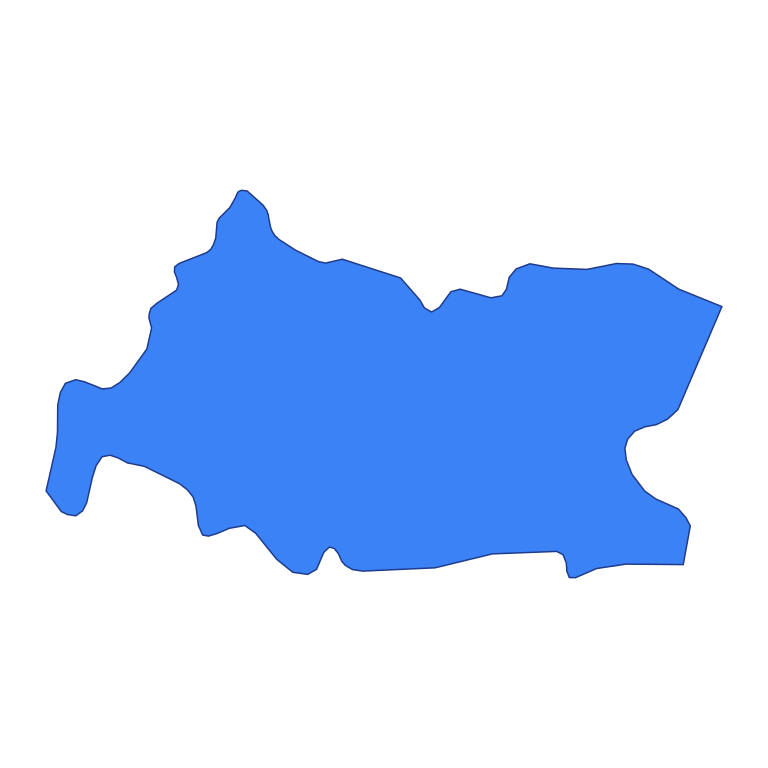 map outline of Tissemsilt (Equal Earth projection)
{"feature_id": "DZA-2206", "entity_name": "Tissemsilt", "entity_type": "Province", "adm_level": 1, "iso_a3": "DZA", "parent_name": "Algeria", "parent_adm1": "", "projection": "equal_earth", "projection_center": [1.694, 35.775], "detail": "fine", "context": "isolated", "style": "filled", "palette": "blue", "viewbox_px": 768, "rotation_deg": 0, "n_neighbors": 0, "source": "natural_earth", "source_scale": "10m", "svg_char_len": 1677}
<svg xmlns="http://www.w3.org/2000/svg" viewBox="0 0 768 768"><path d="M342.4,259.2L400.6,278.0L419.6,299.7L424.5,308.0L431.6,312.0L439.4,307.5L450.9,291.7L460.2,289.2L490.9,297.8L501.9,295.8L506.4,289.3L509.2,277.3L516.2,268.9L529.9,263.8L553.3,268.1L587.0,269.4L616.5,263.5L633.1,264.1L648.7,269.2L678.7,289.1L721.9,306.6L677.9,409.6L667.7,419.0L656.2,424.7L644.9,426.8L634.8,431.1L627.7,439.1L624.9,448.2L626.3,460.0L632.1,474.5L644.8,491.1L655.8,499.0L678.4,509.0L686.1,517.9L690.3,526.0L683.2,564.6L626.1,564.1L596.7,568.5L575.4,577.7L569.3,577.5L566.9,571.3L566.3,563.0L563.0,554.6L556.6,551.4L492.3,553.9L435.1,567.8L362.8,571.1L352.5,569.6L345.2,565.3L341.7,561.1L338.3,553.5L334.2,548.4L329.3,547.1L323.8,552.4L316.5,569.4L307.7,574.4L292.8,572.3L276.6,559.2L255.8,533.4L244.9,525.5L229.3,528.3L217.1,533.5L208.4,536.1L202.6,535.0L198.4,525.4L196.0,506.3L193.2,497.2L187.9,490.3L179.9,483.9L144.2,466.3L127.4,462.9L118.3,458.0L110.1,455.2L102.1,456.7L96.1,465.7L92.3,477.7L86.7,502.7L82.6,510.9L75.8,515.8L67.7,514.6L61.3,511.6L46.1,490.9L56.0,447.0L57.5,432.0L57.7,405.2L60.3,392.6L65.4,383.3L75.7,379.7L84.6,381.8L102.2,388.9L111.1,388.0L120.0,382.4L129.7,372.8L146.9,348.9L151.6,327.9L148.9,317.8L149.3,313.5L150.9,308.4L156.7,303.4L176.6,290.1L178.5,284.6L176.7,277.7L174.4,271.9L174.7,266.9L179.2,263.4L206.7,252.6L210.8,249.3L213.5,244.5L215.7,238.3L217.1,222.2L219.4,217.9L229.9,207.5L235.8,197.0L236.5,195.1L237.0,193.9L238.3,191.7L241.5,190.3L247.2,191.0L263.0,205.1L266.8,210.5L268.3,215.1L269.0,219.6L270.8,228.1L272.4,231.8L274.8,235.5L278.7,239.3L295.4,250.1L318.3,261.5L325.5,263.1L342.4,259.2Z" fill="#3b82f6" stroke="#1e3a8a" stroke-width="1.5"/></svg>